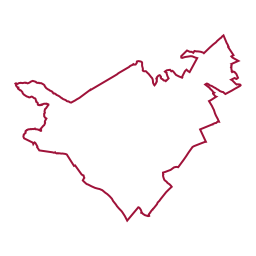 outline of Sulita, Botosani, Romania
{"feature_id": "2599482B5546684952398", "entity_name": "Sulita", "entity_type": "district", "adm_level": 2, "iso_a3": "ROU", "parent_name": "Romania", "parent_adm1": "Botosani", "projection": "natural_earth1", "projection_center": [26.901, 47.647], "detail": "fine", "context": "isolated", "style": "outline", "palette": "rose", "viewbox_px": 256, "rotation_deg": 0, "n_neighbors": 0, "source": "geoboundaries", "source_scale": "gbopen_adm2", "svg_char_len": 5607}
<svg xmlns="http://www.w3.org/2000/svg" viewBox="0 0 256 256"><path d="M153.0,208.8L153.6,208.4L156.9,204.3L157.7,202.5L159.4,200.8L160.6,199.1L166.1,192.2L169.1,189.2L171.7,186.8L170.9,185.7L169.4,184.2L168.0,183.3L167.0,182.4L166.7,181.8L165.2,180.7L164.3,179.8L163.5,177.6L163.0,175.7L163.3,174.6L163.1,174.5L163.0,172.6L165.0,172.0L170.6,169.9L174.0,167.4L175.6,167.0L176.7,166.9L178.2,167.2L183.8,159.6L186.1,156.3L188.7,152.3L192.5,147.0L194.1,146.1L200.2,143.7L204.6,142.0L205.9,141.8L200.1,129.4L211.3,124.8L212.2,124.4L212.7,124.5L213.1,123.9L214.8,123.2L216.3,122.9L217.0,122.1L217.5,121.8L218.2,121.6L219.0,121.7L218.7,120.9L218.3,120.4L217.9,119.2L216.0,115.7L215.0,113.4L213.9,109.9L213.2,108.6L211.9,105.9L209.0,101.1L211.1,100.0L216.2,96.7L215.6,96.5L214.9,95.8L213.0,93.6L213.0,93.4L214.2,92.7L213.2,92.1L212.2,90.7L210.1,88.7L209.8,88.1L205.2,84.5L206.6,83.6L207.0,83.6L207.6,83.8L208.9,84.5L209.4,85.2L211.8,86.0L214.4,87.6L215.2,87.9L217.2,89.3L218.3,89.8L219.8,91.0L221.7,91.8L223.3,92.1L223.8,92.7L225.4,94.0L231.8,90.6L235.0,88.7L238.5,86.8L240.3,85.7L240.6,85.3L240.4,84.8L239.9,84.5L237.7,84.3L237.1,84.3L236.6,84.5L235.5,83.6L232.2,80.3L231.2,79.7L234.6,78.0L236.3,79.0L236.8,78.8L238.0,77.8L237.4,76.5L236.4,74.1L234.9,72.3L234.6,72.1L234.4,72.2L233.8,71.7L233.6,71.6L233.0,71.6L232.1,72.1L231.8,71.7L231.6,71.2L231.8,70.3L231.5,69.6L231.3,68.0L231.0,67.4L231.5,67.0L231.5,66.7L231.2,65.9L231.7,65.1L231.6,64.2L231.4,64.0L238.4,60.9L232.5,57.6L231.4,56.4L233.5,55.2L228.1,47.0L228.1,46.2L228.3,46.2L228.0,45.6L227.7,44.7L226.6,42.9L226.1,41.6L223.5,35.4L222.2,36.4L221.1,37.7L220.6,38.1L220.3,38.2L217.1,41.0L216.0,42.3L213.4,44.3L209.7,47.6L203.9,53.2L203.4,52.7L200.8,51.8L198.0,51.4L196.5,51.4L194.5,51.0L193.3,52.8L191.6,51.8L189.8,51.8L187.0,50.5L181.2,56.2L181.3,57.6L182.2,57.9L185.1,57.0L190.6,56.2L192.2,56.3L195.4,57.6L197.2,58.1L189.6,72.1L188.4,71.4L186.5,69.7L184.9,71.3L182.2,76.6L182.4,77.2L182.1,77.7L178.9,76.4L176.0,74.9L173.2,71.4L172.2,70.8L171.3,71.3L170.0,69.8L166.8,70.3L165.4,71.2L164.9,71.6L165.2,71.9L166.6,72.8L166.5,73.2L167.5,76.3L168.6,78.4L165.8,81.1L165.2,80.5L164.3,80.6L163.9,80.5L163.3,80.1L162.5,79.1L162.0,79.0L161.4,78.7L160.7,77.7L161.0,77.0L161.0,76.8L160.3,75.9L160.2,75.6L159.7,75.2L159.1,75.4L158.4,75.7L156.8,77.4L156.9,78.0L156.5,78.5L156.8,78.7L156.9,78.9L156.7,79.2L156.7,79.4L156.6,79.7L156.8,79.9L156.8,80.1L156.8,81.7L156.4,82.0L156.1,82.9L155.6,83.9L154.5,85.3L154.0,84.7L153.1,82.9L152.8,80.0L152.4,78.7L151.9,77.8L151.4,77.4L148.4,73.6L147.9,73.3L146.0,71.3L145.5,71.2L144.1,71.3L142.9,70.7L142.7,70.1L142.9,69.3L142.8,68.4L142.1,65.8L142.1,62.7L141.9,62.2L140.8,61.5L138.5,61.1L137.0,61.4L136.8,61.8L136.8,62.8L136.5,63.3L135.6,64.5L134.6,64.5L133.9,64.7L133.5,64.6L133.3,64.2L132.8,64.5L132.3,65.0L131.1,65.5L129.7,66.3L129.2,66.9L118.4,73.2L117.1,74.3L114.3,76.0L90.5,90.0L90.4,89.7L79.4,97.9L76.7,99.4L75.2,100.4L71.1,102.6L69.7,102.2L68.6,101.4L67.8,101.4L66.8,101.1L65.7,100.1L63.2,99.1L62.2,98.5L61.8,98.0L61.2,97.8L59.5,96.4L57.5,95.3L56.4,94.9L56.1,94.4L55.1,93.7L54.5,93.4L53.9,93.6L53.5,93.5L53.2,93.0L52.7,92.6L52.7,92.3L52.3,91.7L50.4,90.7L49.9,90.6L48.8,89.7L48.2,89.5L46.2,88.1L45.6,87.2L45.2,86.9L44.6,85.8L44.6,85.5L44.3,85.1L43.6,84.5L41.3,83.2L39.1,83.1L38.9,82.8L38.1,82.8L37.2,82.9L36.1,82.3L35.8,81.8L32.8,80.9L31.3,81.4L29.3,82.7L27.8,83.3L27.4,83.3L26.3,82.8L25.5,82.9L25.1,82.6L22.5,83.1L20.6,82.8L20.2,83.0L19.2,83.0L17.5,83.9L16.9,83.8L16.0,83.3L15.4,83.6L15.5,83.8L16.4,84.3L16.6,84.5L16.2,84.9L16.0,85.4L16.7,86.6L17.6,87.3L18.4,87.5L18.4,88.0L17.9,88.2L17.9,88.5L18.6,89.2L19.4,89.6L19.9,90.2L20.5,90.2L20.9,90.5L22.3,92.0L22.8,93.4L23.9,94.6L26.6,96.4L28.4,97.0L29.1,97.4L30.0,97.3L31.4,96.6L32.3,96.8L34.2,98.2L35.1,98.4L35.6,99.1L36.2,101.6L36.4,101.6L36.4,101.9L37.6,102.8L37.8,103.4L37.8,104.5L38.1,104.9L38.8,105.1L39.4,105.0L39.6,105.2L41.0,105.1L41.8,104.9L41.6,104.5L43.4,104.0L43.5,103.9L44.4,103.7L45.6,103.8L45.8,103.7L46.5,103.9L46.7,103.7L47.5,104.0L48.4,104.4L48.4,105.0L47.9,105.3L47.3,106.6L46.6,107.3L46.1,108.3L45.3,108.8L44.9,109.5L44.7,110.7L44.5,111.2L44.9,112.8L44.2,113.5L44.1,114.3L44.3,115.0L44.1,116.0L45.0,117.6L46.4,118.5L45.0,121.0L44.8,122.1L45.1,122.7L45.1,123.0L44.2,125.1L43.1,126.0L41.7,127.7L40.5,129.0L41.1,129.8L41.1,130.8L40.9,130.9L38.2,129.6L36.7,129.3L35.3,129.2L35.1,129.1L34.9,128.6L33.4,129.1L32.2,129.0L31.6,129.2L30.9,129.0L30.7,129.2L29.0,129.3L28.1,129.4L27.5,129.9L26.8,130.0L26.4,130.5L25.7,130.9L25.5,131.5L25.7,132.0L25.5,132.6L25.5,133.0L24.8,133.4L24.5,133.9L23.8,134.5L23.9,134.8L23.5,135.8L23.4,136.7L24.0,138.1L24.2,138.4L32.5,142.5L33.0,143.1L33.3,144.1L33.5,143.8L33.6,143.1L34.6,142.4L35.5,143.2L37.4,146.5L37.1,147.1L39.3,150.4L52.4,152.3L53.8,152.7L54.1,152.6L54.8,152.7L55.1,152.4L55.3,152.7L56.6,153.4L57.3,153.4L57.9,153.1L58.3,153.4L59.6,153.3L61.2,153.6L62.3,153.5L65.1,153.9L65.9,154.1L66.9,154.6L67.6,155.8L74.0,165.9L75.1,165.4L81.7,174.6L83.6,175.5L83.6,175.9L83.8,176.7L84.2,177.4L84.3,177.9L84.0,178.2L82.8,180.4L83.4,181.1L86.1,183.6L87.0,184.2L88.0,184.5L91.5,186.3L95.1,187.9L98.0,188.7L99.5,189.0L102.3,190.2L105.4,192.8L107.3,194.1L109.7,196.3L111.7,198.5L112.0,198.9L113.1,201.0L115.9,204.5L117.0,206.2L118.9,208.4L121.7,211.3L122.6,212.6L124.8,216.0L127.2,220.6L138.3,207.3L139.1,207.6L139.7,208.2L140.6,209.5L141.0,210.2L141.4,211.5L141.4,212.0L141.2,212.6L141.2,212.8L141.6,212.9L142.1,212.8L142.6,213.6L144.8,215.1L148.0,216.1L148.9,216.0L149.2,215.9L149.1,215.4L148.9,215.1L148.7,214.5L150.0,212.8L150.3,212.6L150.6,211.8L152.2,209.8L152.7,209.6L153.0,208.8Z" fill="none" stroke="#9f1239" stroke-width="2"/></svg>